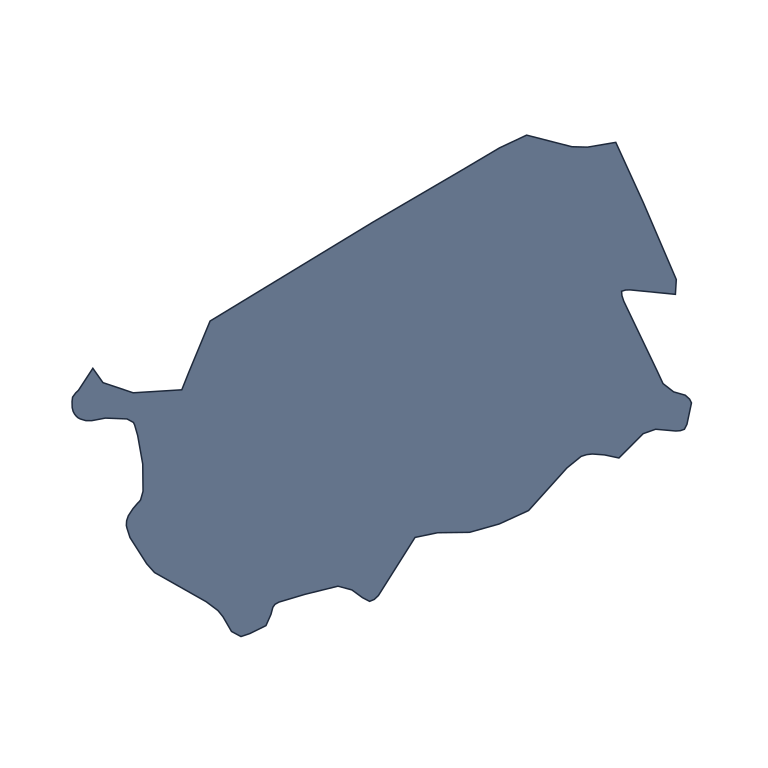 the border of El Progreso, rotated 7°
{"feature_id": "GTM-1956", "entity_name": "El Progreso", "entity_type": "Department", "adm_level": 1, "iso_a3": "GTM", "parent_name": "Guatemala", "parent_adm1": "", "projection": "natural_earth1", "projection_center": [-90.123, 14.917], "detail": "fine", "context": "isolated", "style": "filled", "palette": "slate", "viewbox_px": 768, "rotation_deg": 7, "n_neighbors": 0, "source": "natural_earth", "source_scale": "10m", "svg_char_len": 1283}
<svg xmlns="http://www.w3.org/2000/svg" viewBox="0 0 768 768"><g transform="rotate(7 384 384)"><path d="M92.5,456.7L86.7,455.7L84.2,454.7L82.2,453.2L80.5,451.5L78.8,449.1L77.4,445.5L76.5,439.4L76.5,435.0L79.1,430.4L81.5,427.5L93.1,403.9L104.9,416.9L136.1,423.3L184.0,414.4L188.7,396.6L203.7,342.7L353.1,224.8L433.6,163.5L469.8,135.6L495.2,119.6L541.5,125.6L557.1,124.1L584.6,115.9L619.4,172.6L661.4,244.7L662.3,259.5L616.7,260.6L612.3,261.3L608.5,263.0L609.4,267.3L611.9,272.6L653.3,337.4L660.9,349.6L672.4,356.5L684.4,358.4L689.2,361.8L691.5,365.3L689.6,387.1L687.7,392.3L683.9,394.2L679.3,395.1L659.1,395.8L647.3,401.7L626.2,428.8L611.5,427.5L599.3,428.1L593.8,429.4L588.5,431.8L575.8,445.0L542.9,492.0L515.4,508.9L487.0,520.8L455.3,525.1L433.5,532.5L404.2,594.7L400.6,599.0L396.2,601.5L388.7,598.7L377.2,592.3L362.9,590.3L331.2,602.4L306.3,613.3L302.6,616.0L300.9,619.2L299.9,626.4L296.3,638.2L281.2,648.1L274.5,651.3L272.8,652.1L262.8,648.2L252.5,634.6L246.8,629.1L234.1,621.8L179.2,599.1L170.4,591.4L150.6,567.4L146.4,558.3L145.5,555.8L145.2,551.1L146.3,545.9L150.1,538.2L154.0,532.3L155.3,530.7L156.5,528.8L157.9,519.8L154.3,492.9L145.8,465.2L141.5,455.1L140.0,452.7L133.2,450.0L111.6,451.8L98.4,456.0L92.5,456.7Z" fill="#64748b" stroke="#1e293b" stroke-width="1.5"/></g></svg>